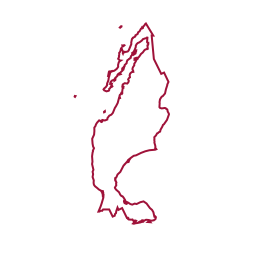 SVG path tracing the border of Mexico, rotated 64°
{"feature_id": "MEX", "entity_name": "Mexico", "entity_type": "country or territory", "adm_level": 0, "iso_a3": "MEX", "parent_name": "North America", "parent_adm1": "", "projection": "robinson", "projection_center": [-103.635, 23.63], "detail": "fine", "context": "isolated", "style": "outline", "palette": "rose", "viewbox_px": 256, "rotation_deg": 64, "n_neighbors": 0, "source": "natural_earth", "source_scale": "50m", "svg_char_len": 5748}
<svg xmlns="http://www.w3.org/2000/svg" viewBox="0 0 256 256"><g transform="rotate(64 128 128)"><path d="M41.9,66.1L56.0,64.8L55.3,66.2L77.3,74.5L93.9,74.4L94.0,71.3L104.3,71.4L106.1,73.6L106.8,74.0L109.8,76.9L113.2,79.6L114.6,82.8L114.6,83.8L115.0,84.7L116.3,86.7L118.7,88.4L119.5,88.6L123.0,90.6L124.0,90.4L125.2,89.1L126.1,86.2L126.8,85.4L127.6,85.3L128.4,84.6L128.9,84.6L130.5,85.1L133.0,85.0L133.7,85.2L137.8,89.4L140.4,94.1L140.6,95.3L141.7,96.4L143.8,99.5L145.3,100.7L145.3,102.2L145.7,103.4L145.6,104.2L147.0,106.2L147.8,108.4L149.8,109.2L150.2,109.6L152.1,110.2L152.7,110.7L155.6,111.2L156.9,111.6L158.1,112.4L158.7,111.9L159.5,111.8L159.4,113.2L157.4,118.4L156.5,122.7L156.1,127.1L156.1,132.8L155.5,135.0L155.6,135.8L156.1,138.6L157.2,140.7L158.8,142.4L158.3,144.4L158.1,143.8L158.4,142.4L157.2,141.0L156.2,139.2L156.9,142.1L157.6,143.0L159.6,147.7L159.7,148.3L164.1,154.2L165.2,157.8L167.0,159.8L167.5,160.9L168.3,161.6L167.4,161.2L167.4,161.5L169.2,162.4L169.5,162.4L168.7,161.8L169.6,162.2L171.9,162.3L172.9,163.2L174.3,163.6L175.8,165.9L176.3,166.0L178.0,165.8L181.8,164.2L184.4,164.2L185.8,163.9L186.5,163.5L186.9,162.9L188.5,162.5L191.3,162.2L191.9,162.7L191.5,163.2L191.7,163.5L192.4,163.9L194.0,164.0L195.5,162.8L195.5,162.1L195.0,161.6L195.1,160.9L194.4,161.4L194.5,161.0L197.4,159.2L198.7,157.8L198.9,155.1L200.1,153.6L200.1,149.4L200.8,146.2L204.0,144.4L209.6,143.4L212.1,142.3L214.8,142.1L219.4,143.2L219.9,142.7L218.6,142.5L220.1,142.0L220.7,142.2L222.0,143.4L222.1,144.7L222.3,145.2L221.5,147.8L219.8,149.7L218.6,151.6L218.3,152.5L218.5,154.2L217.7,154.8L217.1,155.8L217.4,156.4L218.7,156.1L218.4,157.1L217.3,157.8L217.3,158.4L218.0,158.0L218.3,158.2L217.4,161.6L217.0,162.6L216.6,164.7L216.1,165.3L215.6,164.1L215.1,163.8L215.3,162.1L215.1,161.3L214.9,161.4L214.2,162.2L214.2,162.7L213.6,163.9L212.2,164.1L211.9,165.1L210.6,167.4L210.0,167.8L209.1,167.2L208.6,167.4L208.4,168.4L197.4,168.4L197.4,172.4L194.9,172.3L197.6,175.0L199.2,176.1L199.7,177.5L201.0,178.4L200.9,180.6L193.0,180.6L190.3,186.1L191.1,187.5L190.6,188.3L190.4,189.3L190.6,190.2L190.2,191.2L186.6,187.1L184.4,184.9L179.8,180.7L177.0,179.1L176.8,179.1L176.7,179.5L178.1,180.1L179.3,180.9L176.4,179.8L175.3,179.7L175.1,179.5L175.7,178.9L175.5,178.7L174.5,179.1L174.5,178.5L173.8,178.2L173.1,179.1L174.4,179.6L172.4,179.8L170.4,181.2L168.6,181.9L165.9,183.2L164.1,183.5L162.3,183.0L160.0,181.7L156.5,181.3L154.2,179.6L151.8,179.0L150.4,177.4L144.7,176.1L142.7,174.7L137.7,172.7L134.4,170.5L133.8,169.8L133.1,169.6L131.2,167.4L129.4,167.5L126.5,166.7L122.0,164.9L119.1,161.4L116.1,159.6L112.9,158.1L111.9,156.3L110.8,155.3L109.6,153.4L108.5,150.6L109.3,149.8L110.3,149.7L111.0,149.2L111.0,148.6L110.6,148.0L109.6,147.8L109.5,147.6L111.1,145.5L111.3,142.9L110.0,142.0L108.7,139.4L108.7,137.1L107.8,135.0L104.2,131.0L103.2,129.3L101.0,126.3L96.1,122.1L97.5,122.9L97.6,122.0L95.8,121.7L95.0,121.2L94.6,120.6L94.6,120.0L93.0,117.9L93.9,118.3L94.5,118.2L94.4,118.0L92.5,117.1L90.6,115.8L90.2,115.5L90.0,114.7L88.6,115.1L88.4,114.6L88.9,114.4L89.5,113.4L88.7,114.0L87.6,114.4L87.0,114.1L86.5,113.4L86.3,111.3L87.6,109.4L88.1,109.8L87.6,109.0L87.2,107.8L86.0,106.6L84.4,106.6L83.6,105.4L83.3,104.0L81.3,103.4L80.1,102.3L79.7,101.4L79.4,100.0L79.9,98.6L78.5,98.2L77.6,98.4L76.4,97.8L75.5,96.8L74.4,94.9L73.1,94.3L71.6,91.9L70.4,90.5L70.0,88.8L69.1,88.2L68.9,86.9L67.1,83.8L66.6,81.6L65.3,79.2L65.1,78.2L65.2,77.2L65.1,76.4L65.5,76.1L65.5,75.5L62.2,74.3L62.1,73.5L61.4,72.9L60.3,72.4L60.0,73.1L59.1,73.2L54.6,70.5L55.1,71.2L55.4,72.2L55.0,73.0L54.7,75.7L55.4,77.0L55.7,78.4L56.0,80.2L55.9,82.0L56.4,83.5L57.4,84.9L58.6,85.5L61.0,88.1L62.2,89.9L62.4,91.2L63.1,91.0L63.5,92.0L64.2,92.1L64.8,94.0L66.1,94.7L66.1,95.6L66.5,96.2L66.4,97.0L66.7,97.6L66.8,98.8L67.9,100.0L69.2,100.9L69.9,103.3L71.0,104.0L71.0,104.8L71.7,105.7L71.8,106.8L72.5,107.5L72.8,107.5L72.1,106.3L72.3,105.4L73.6,106.6L73.7,107.5L74.1,108.0L74.2,108.7L74.9,110.6L75.1,113.0L75.9,114.5L76.6,114.8L77.4,117.5L78.6,119.4L78.3,121.3L78.8,123.1L79.4,123.9L80.2,124.2L80.5,124.7L80.9,124.1L80.7,123.3L81.1,123.0L82.5,124.2L83.8,125.9L84.4,126.8L84.6,127.8L85.6,128.2L86.1,129.0L85.6,131.3L83.7,132.9L82.6,133.1L82.1,132.3L81.5,130.0L80.5,128.2L78.9,127.3L76.5,124.7L74.2,123.1L72.6,121.6L71.9,121.7L71.7,120.8L70.3,119.6L70.0,118.2L70.5,115.1L69.9,112.1L68.7,110.0L67.0,109.3L64.9,107.5L64.4,106.5L64.2,104.9L63.5,106.0L62.5,106.0L61.5,106.5L60.1,104.8L59.2,104.6L58.5,103.8L56.6,103.0L56.0,101.6L53.4,99.4L53.2,98.7L55.9,99.1L56.6,99.0L57.5,98.5L57.5,99.2L58.5,99.9L58.9,99.9L58.5,99.5L58.3,98.8L58.4,98.2L57.7,98.1L58.2,97.5L58.8,96.1L59.1,94.6L58.6,93.4L54.0,88.2L52.7,87.7L49.7,85.4L49.3,84.1L49.0,84.0L49.0,81.6L48.8,81.2L48.0,80.8L47.7,78.1L46.4,76.9L46.2,75.3L44.4,72.8L44.4,71.9L44.1,71.6L44.7,71.5L44.7,70.8L43.4,69.8L43.1,68.4L42.3,67.4L41.9,66.1ZM70.1,90.6L69.6,92.3L68.3,91.7L68.6,89.5L68.8,89.2L69.7,89.0L70.1,90.6ZM64.5,90.3L63.9,90.0L62.5,88.5L62.0,87.8L62.0,86.7L63.0,87.3L63.2,88.3L64.3,88.6L64.5,90.3ZM222.5,149.2L221.2,151.4L221.0,150.6L221.2,149.8L221.5,149.4L222.5,149.2ZM70.4,121.6L69.8,120.9L69.7,120.4L69.0,119.9L69.5,118.8L69.9,116.5L70.0,116.9L69.6,119.6L70.4,121.6ZM52.5,96.4L52.3,97.3L51.3,96.9L51.9,96.1L51.8,95.2L52.1,95.0L52.5,96.4ZM34.4,91.1L34.1,91.3L33.5,89.9L33.7,89.3L34.0,89.4L34.4,91.1ZM72.5,122.7L72.4,123.0L70.7,121.7L71.6,121.7L72.5,122.7ZM103.5,142.0L103.4,142.6L102.9,142.4L102.7,141.4L103.3,141.6L103.5,142.0ZM79.4,118.4L79.5,119.2L78.8,118.7L78.6,117.9L79.4,118.4ZM76.4,111.0L76.3,111.7L76.1,111.5L75.5,112.7L75.8,111.2L76.4,111.0ZM76.8,162.0L76.4,162.2L75.9,161.7L76.3,161.2L76.8,162.0ZM193.1,162.5L192.3,162.5L193.6,161.8L194.0,161.9L193.1,162.5ZM83.9,124.4L83.4,124.0L83.4,123.0L83.9,124.2L83.9,124.4Z" fill="none" stroke="#9f1239" stroke-width="2"/></g></svg>